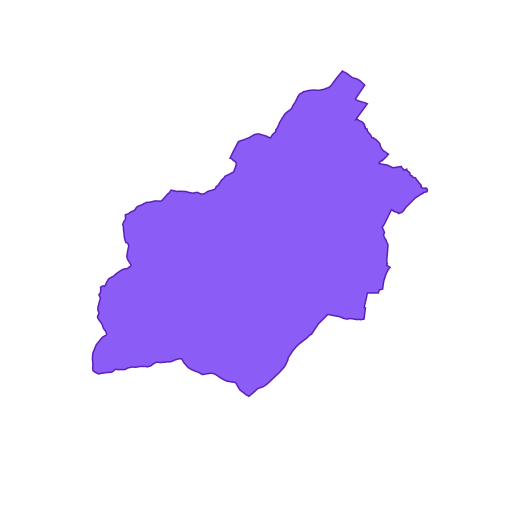 the district of Bagaciu, Mures, Romania, rotated 136°
{"feature_id": "2599482B34559158259683", "entity_name": "Bagaciu", "entity_type": "district", "adm_level": 2, "iso_a3": "ROU", "parent_name": "Romania", "parent_adm1": "Mures", "projection": "equal_earth", "projection_center": [24.35, 46.273], "detail": "fine", "context": "isolated", "style": "filled", "palette": "violet", "viewbox_px": 512, "rotation_deg": 136, "n_neighbors": 0, "source": "geoboundaries", "source_scale": "gbopen_adm2", "svg_char_len": 6037}
<svg xmlns="http://www.w3.org/2000/svg" viewBox="0 0 512 512"><g transform="rotate(136 256 256)"><path d="M271.4,362.4L274.4,361.7L276.1,362.0L283.0,361.4L285.5,361.4L286.1,361.5L286.6,361.8L289.5,364.9L291.0,366.2L294.0,367.8L296.0,369.2L297.4,370.6L297.9,370.9L299.4,371.1L300.6,371.8L302.2,371.8L303.6,372.6L306.8,373.9L308.6,373.9L309.4,373.8L310.9,373.2L311.5,373.4L313.1,373.7L315.3,374.7L316.8,374.9L318.2,374.9L321.2,376.4L321.5,376.4L323.9,373.5L324.3,373.2L324.9,372.9L327.2,372.6L329.5,371.5L330.0,371.2L331.4,368.7L332.9,367.2L335.1,364.1L337.3,361.5L338.1,360.2L339.6,357.6L340.2,356.1L339.6,354.8L339.4,353.8L340.0,353.0L340.3,352.0L340.9,351.4L344.5,349.0L348.2,346.3L349.4,345.3L349.7,344.9L350.8,342.4L352.2,336.2L352.5,335.9L353.0,335.8L355.3,336.2L357.3,336.4L357.8,336.5L358.8,337.6L360.0,338.3L361.0,338.8L361.8,338.9L362.2,339.3L363.0,339.3L364.2,339.6L368.5,340.3L372.8,340.5L375.9,341.5L377.6,341.8L378.4,341.8L382.5,340.6L385.2,339.4L385.7,339.4L386.2,339.4L386.3,340.2L386.8,340.8L388.0,341.3L389.6,341.5L390.1,340.6L392.9,338.0L393.7,337.6L396.0,337.2L397.2,333.7L401.6,331.3L403.0,330.1L404.3,329.7L405.6,328.7L406.9,327.4L407.4,326.8L407.6,326.5L408.2,324.5L408.8,324.0L409.2,323.7L411.4,322.9L412.4,322.3L413.1,320.8L414.0,314.5L414.3,313.5L415.8,310.4L416.1,309.2L416.5,306.0L417.1,304.6L417.9,303.5L418.6,303.2L419.1,303.2L421.6,304.0L422.8,304.2L425.7,304.0L432.6,303.1L440.9,299.4L442.0,298.5L445.4,295.4L448.3,291.6L451.5,288.7L452.9,286.7L452.8,285.5L452.3,283.6L451.2,280.5L448.9,279.1L446.1,277.1L443.9,275.6L442.7,274.4L440.4,272.6L437.5,272.2L436.1,272.3L435.6,272.0L434.3,270.2L429.2,265.4L425.9,264.4L422.6,262.5L419.4,259.2L416.3,257.2L414.6,255.6L412.0,253.1L411.3,251.8L410.9,251.6L408.1,250.1L403.8,249.5L400.8,248.4L399.7,246.7L398.3,245.3L395.9,243.5L394.9,242.5L393.4,241.6L391.6,239.8L390.3,238.9L386.6,237.5L384.1,236.3L382.7,235.5L380.9,233.5L381.9,230.0L382.2,225.7L382.2,222.6L381.9,221.3L381.7,220.9L381.6,220.0L380.9,218.2L379.5,214.9L378.2,212.5L377.1,208.4L376.4,207.5L373.7,205.8L369.6,202.8L368.2,200.9L367.6,199.5L366.9,196.8L366.2,193.0L365.6,190.8L364.2,186.9L363.7,185.9L361.7,183.3L360.8,181.9L359.6,180.7L358.8,179.3L358.8,178.4L359.1,177.0L359.8,174.6L360.6,170.8L359.4,162.5L358.7,161.0L358.6,160.0L352.1,159.5L346.8,159.4L341.7,157.0L337.1,156.2L320.1,156.0L313.2,156.5L310.8,157.0L305.2,159.1L303.8,160.3L303.3,160.5L295.1,162.3L290.0,162.8L286.4,162.8L279.8,162.1L276.9,161.7L271.9,161.8L271.0,161.3L270.4,161.2L258.0,163.9L244.8,164.0L242.4,160.4L238.2,154.6L236.2,150.0L234.2,147.2L232.1,146.0L230.1,143.6L227.4,139.9L226.6,139.6L224.7,137.2L223.6,136.7L222.6,135.7L222.1,135.6L213.3,142.7L213.9,143.9L204.8,149.8L201.6,152.0L193.6,144.4L190.9,146.0L187.9,144.2L184.7,146.8L181.8,149.0L176.4,152.0L173.7,153.3L173.2,153.3L170.5,154.4L169.8,154.3L169.1,154.6L167.4,154.7L167.9,156.6L168.6,158.5L166.8,159.3L167.0,159.8L164.2,162.7L154.7,171.0L153.1,172.6L152.5,174.9L151.3,177.3L151.1,178.4L151.2,178.9L149.9,182.3L149.4,182.5L148.7,183.1L147.5,183.4L146.3,185.8L145.9,187.2L145.5,188.9L143.7,189.2L140.3,190.2L132.9,192.9L126.4,195.2L125.7,193.4L126.0,193.3L125.7,192.0L124.3,189.7L124.1,188.9L124.0,187.8L123.7,187.3L123.2,187.5L122.0,186.6L121.4,186.3L120.3,186.1L118.8,186.0L117.7,186.2L115.7,186.7L114.0,186.9L101.5,187.1L95.1,186.0L93.1,185.3L92.4,185.1L91.9,185.2L91.6,185.5L88.6,183.5L87.7,183.7L87.5,183.8L87.3,184.3L86.9,184.5L86.4,185.2L86.3,186.3L86.4,186.6L87.1,187.3L88.4,188.2L88.7,188.6L88.9,189.2L89.0,189.9L89.4,190.8L89.3,191.5L88.4,191.6L88.1,191.9L88.0,192.8L88.1,193.3L87.8,194.2L88.0,195.5L87.5,197.2L87.5,198.1L87.5,199.5L87.0,201.2L87.0,201.4L87.3,201.9L88.0,202.8L88.4,204.2L88.1,205.3L88.2,205.6L88.9,206.7L88.8,207.4L88.6,207.8L87.9,208.3L87.7,209.0L87.6,209.9L87.6,210.4L87.9,210.9L87.9,211.3L87.8,212.4L87.9,212.6L87.8,213.2L87.3,213.8L88.9,214.4L89.9,214.6L89.6,219.2L89.3,219.5L95.9,224.1L96.3,224.7L98.2,229.8L98.8,230.9L103.0,236.4L103.1,237.4L99.4,237.5L99.3,236.9L93.6,236.9L90.0,237.2L90.4,239.1L90.7,241.3L91.2,242.9L91.2,244.9L90.5,248.0L89.0,250.7L88.8,251.3L88.7,252.6L88.8,255.6L88.9,256.8L89.5,258.4L89.4,259.2L89.7,259.8L90.3,260.5L90.3,260.8L89.7,263.0L89.4,263.5L89.4,265.8L89.3,266.2L89.1,268.4L88.7,269.0L88.1,269.8L87.9,270.2L88.7,271.4L88.8,272.0L88.6,272.5L87.9,272.6L87.7,273.2L87.8,273.7L87.7,273.9L87.3,274.4L87.1,274.8L86.7,275.0L86.4,277.2L86.6,278.1L86.5,279.0L87.2,280.4L87.6,281.5L88.0,281.9L87.9,283.5L88.1,284.0L88.5,284.3L89.2,284.5L89.7,284.8L70.2,288.2L70.9,289.9L74.5,296.3L75.3,298.0L75.4,299.0L75.4,299.9L59.1,303.4L59.4,309.8L60.2,312.8L61.1,314.6L62.3,316.3L62.8,317.6L63.2,319.9L63.8,324.0L64.2,325.5L65.2,328.2L65.3,329.0L73.8,328.1L83.5,326.5L85.2,326.5L87.2,326.9L89.1,327.9L91.0,328.5L91.8,329.1L93.4,330.0L95.9,331.7L96.7,332.4L97.2,333.2L99.6,335.7L102.4,337.9L104.0,339.0L105.3,339.6L107.3,341.0L108.3,341.3L109.8,341.4L111.1,342.0L111.8,342.1L112.7,342.1L116.1,341.3L117.1,340.7L118.4,340.4L120.0,339.7L121.1,339.3L124.2,338.8L127.8,337.4L128.8,337.3L133.9,338.0L136.0,338.1L137.3,337.9L140.6,337.1L141.8,337.0L143.8,336.2L146.2,335.7L148.6,334.5L152.0,333.3L153.0,333.1L154.1,333.1L154.4,332.3L155.4,331.8L156.2,331.7L158.4,331.9L160.3,331.7L162.0,331.3L163.3,330.8L164.3,332.3L165.4,335.3L167.4,338.7L168.3,340.5L168.9,341.5L170.2,342.8L172.9,344.5L176.9,345.4L178.9,346.0L183.6,347.9L186.1,349.1L187.2,349.8L189.2,350.5L200.6,346.7L206.8,344.3L206.2,343.6L205.9,342.5L206.0,340.1L205.5,339.3L205.4,338.6L205.5,337.4L205.8,336.5L206.1,336.1L206.7,335.6L209.2,334.1L213.8,332.0L216.4,332.9L217.7,333.0L218.8,333.6L219.9,333.8L222.2,334.7L223.1,334.9L224.9,334.4L227.4,334.5L228.4,334.5L229.8,334.1L232.6,333.6L233.8,333.1L236.6,333.6L237.0,333.4L237.2,333.0L237.6,332.8L238.8,332.6L241.1,333.4L244.1,335.1L246.6,336.2L247.0,336.2L247.5,336.1L249.3,336.5L249.9,336.9L250.7,337.1L251.5,337.8L252.4,338.7L254.1,342.7L255.5,343.7L257.5,344.8L258.5,346.1L259.6,347.6L261.8,351.3L266.0,355.7L268.4,357.8L270.0,360.5L271.4,362.4Z" fill="#8b5cf6" stroke="#5b21b6" stroke-width="1.5"/></g></svg>